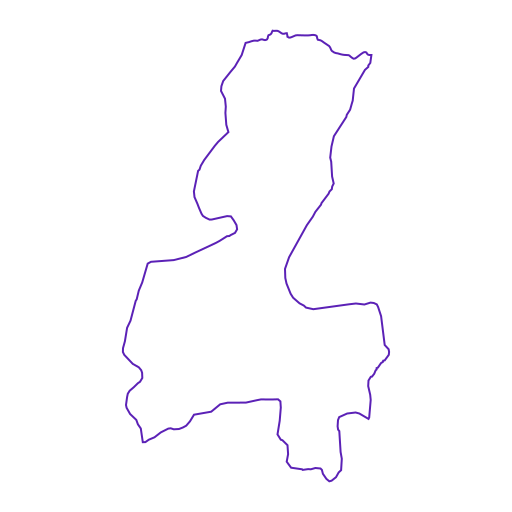 Tecpán Guatemala, Chimaltenango, Guatemala (orthographic projection)
{"feature_id": "79465075B20320299128156", "entity_name": "Tecpán Guatemala", "entity_type": "district", "adm_level": 2, "iso_a3": "GTM", "parent_name": "Guatemala", "parent_adm1": "Chimaltenango", "projection": "orthographic", "projection_center": [-90.996, 14.81], "detail": "fine", "context": "isolated", "style": "outline", "palette": "violet", "viewbox_px": 512, "rotation_deg": 0, "n_neighbors": 0, "source": "geoboundaries", "source_scale": "gbopen_adm2", "svg_char_len": 3384}
<svg xmlns="http://www.w3.org/2000/svg" viewBox="0 0 512 512"><path d="M147.7,263.6L142.2,282.5L138.8,290.6L136.7,299.3L135.7,300.9L130.5,320.7L127.1,327.8L124.9,341.3L123.0,348.2L122.9,352.0L124.3,354.9L132.8,363.9L138.8,367.3L141.2,370.2L142.1,372.8L142.3,378.0L140.0,381.8L137.9,383.2L133.7,387.3L129.7,390.7L127.8,393.7L127.1,397.0L126.0,405.0L126.6,407.8L130.1,414.0L136.3,419.9L137.9,424.3L140.8,428.5L142.8,442.2L145.4,442.1L148.8,439.7L154.5,437.3L160.8,432.4L168.3,428.6L170.7,428.3L173.8,429.3L179.0,429.0L182.9,427.5L186.2,425.7L190.0,421.3L194.0,414.7L211.2,411.7L220.2,404.3L227.6,402.7L245.9,402.6L256.9,400.2L261.0,399.4L271.5,399.5L278.0,399.3L280.4,401.4L280.8,407.6L279.7,420.8L277.5,434.4L280.8,439.7L282.4,440.2L287.5,445.2L288.1,454.2L286.7,461.7L291.1,467.7L302.1,469.3L302.7,469.9L308.2,469.1L310.8,469.3L315.4,468.0L320.5,468.5L321.9,469.9L322.9,473.8L326.4,478.9L329.3,481.3L331.6,480.7L336.0,477.2L338.7,472.4L341.1,470.2L341.8,458.8L340.6,452.0L339.3,431.1L338.1,429.6L337.6,426.3L338.0,420.1L339.2,417.1L347.2,413.5L355.6,412.5L359.3,413.5L368.5,418.9L369.2,417.5L370.7,399.9L370.2,394.8L368.2,386.1L368.5,380.5L370.8,376.8L372.0,376.6L374.2,373.8L375.6,370.4L376.6,369.5L376.6,368.1L377.9,367.6L381.0,363.1L382.9,361.9L383.2,360.7L384.7,360.4L388.8,354.8L389.1,351.9L388.6,349.2L384.7,345.0L381.1,316.2L378.1,307.0L376.8,304.4L373.8,303.0L370.5,302.6L364.4,304.5L355.9,303.5L349.0,304.3L313.3,309.2L306.0,307.6L303.9,305.6L299.5,303.3L293.1,297.7L290.6,293.7L286.5,283.5L285.3,278.0L285.0,268.9L289.1,257.2L306.9,225.1L312.8,216.7L315.4,211.8L321.0,204.7L321.5,203.1L328.6,193.7L329.5,191.5L331.8,189.2L332.2,186.5L333.7,183.5L332.1,176.5L331.2,161.7L330.2,157.6L331.5,146.4L333.9,136.2L346.3,117.0L346.8,114.8L350.1,109.7L351.9,103.3L352.7,100.7L354.0,88.5L357.9,81.9L365.0,69.8L368.3,66.9L368.3,65.5L370.3,62.9L371.4,55.0L369.4,55.0L368.1,54.7L367.2,53.9L366.4,52.5L365.3,52.1L364.1,52.2L363.2,52.6L361.1,54.0L356.3,57.7L355.0,58.5L353.6,58.7L352.5,58.1L350.4,56.5L349.6,55.7L348.7,55.2L347.5,55.1L346.0,55.0L344.3,54.9L342.8,54.7L340.9,54.3L339.5,53.9L337.8,53.4L336.0,53.1L334.2,52.5L333.2,51.8L332.1,51.1L331.4,50.3L330.1,47.4L329.1,46.0L328.3,45.5L326.4,44.2L324.0,42.6L322.1,41.2L320.5,40.3L319.5,40.1L317.8,39.7L317.3,38.6L316.8,36.2L315.8,35.4L314.8,35.1L313.3,34.9L311.7,35.0L310.5,35.2L308.1,35.4L304.8,35.4L297.2,35.2L295.6,35.4L291.6,37.1L290.0,37.6L289.0,37.6L287.4,36.7L287.4,35.7L286.8,33.2L285.3,33.4L284.0,33.8L282.5,33.7L281.3,33.1L280.6,32.6L279.4,31.8L278.5,31.2L277.2,30.8L276.0,30.8L273.7,30.9L272.6,30.7L272.0,31.9L271.4,33.4L270.6,34.3L269.7,34.8L268.5,35.2L268.0,36.4L267.7,38.2L267.0,39.4L265.8,40.0L264.9,40.1L263.9,39.9L262.3,39.4L261.3,39.4L260.4,39.6L258.8,40.3L257.6,40.8L256.3,40.7L254.9,40.6L253.6,40.7L252.5,41.0L251.6,41.2L250.7,41.5L249.0,42.1L245.6,42.9L241.7,55.0L236.9,63.1L234.9,66.6L230.7,71.6L223.2,81.0L221.4,86.2L221.0,90.9L225.0,98.7L225.8,106.7L225.4,112.9L226.3,124.8L228.4,132.1L218.2,141.8L214.9,145.7L204.2,160.0L200.8,165.7L199.5,169.6L198.1,170.9L193.9,191.4L194.5,197.1L197.3,203.5L199.0,207.9L201.5,213.7L202.9,215.9L205.8,217.8L209.6,219.6L211.9,219.5L227.1,216.1L230.9,216.4L233.7,220.3L236.5,225.1L237.1,229.3L235.0,232.9L230.6,235.1L229.4,236.0L227.0,236.2L219.6,240.9L216.1,242.8L195.6,252.4L186.1,257.0L173.7,260.1L151.0,261.8L147.7,263.6Z" fill="none" stroke="#5b21b6" stroke-width="2"/></svg>